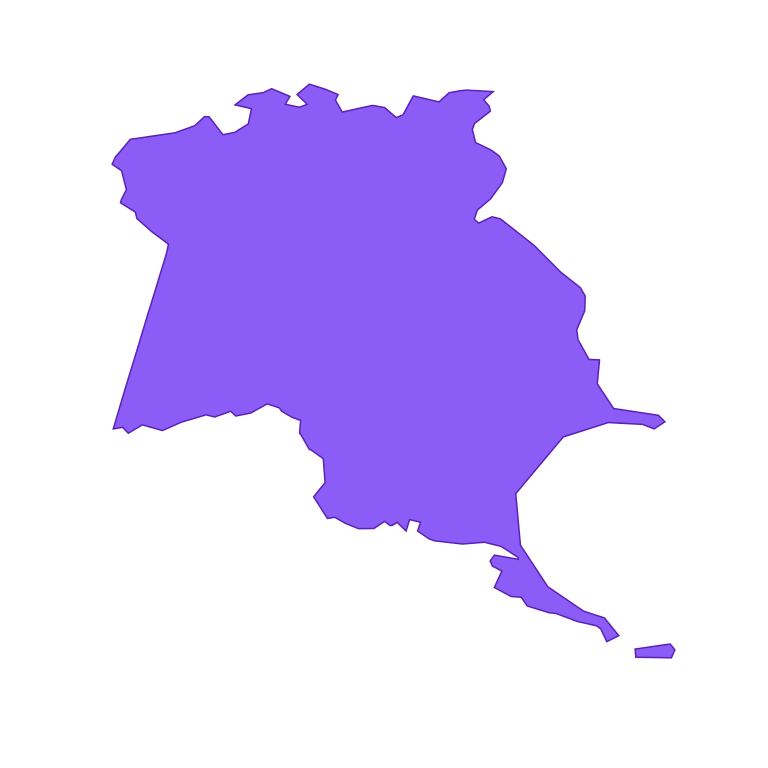 outline of Toa Baja, Puerto Rico, rotated 83°
{"feature_id": "32010507B67187557196313", "entity_name": "Toa Baja", "entity_type": "district", "adm_level": 2, "iso_a3": "PRI", "parent_name": "Puerto Rico", "parent_adm1": "", "projection": "equal_earth", "projection_center": [-66.203, 18.432], "detail": "fine", "context": "isolated", "style": "filled", "palette": "violet", "viewbox_px": 768, "rotation_deg": 83, "n_neighbors": 0, "source": "geoboundaries", "source_scale": "gbopen_adm2", "svg_char_len": 2207}
<svg xmlns="http://www.w3.org/2000/svg" viewBox="0 0 768 768"><g transform="rotate(83 384 384)"><path d="M395.6,658.2L395.1,648.8L401.7,643.8L395.1,628.8L403.2,609.5L397.2,589.8L392.9,564.3L396.1,556.1L392.4,539.5L397.7,535.0L396.6,519.8L389.5,502.4L395.0,490.7L398.4,489.1L406.0,479.1L410.0,471.2L422.5,473.8L424.4,472.6L440.0,466.0L440.2,464.8L450.7,453.4L474.7,454.5L487.4,467.6L510.6,456.5L510.5,453.3L510.3,449.1L517.5,439.4L524.5,426.9L526.2,411.6L520.4,400.2L525.3,395.1L525.4,393.3L523.0,387.7L532.6,380.0L521.7,375.1L525.7,364.6L534.0,368.6L543.0,358.4L545.8,353.0L552.4,325.6L553.3,303.7L559.5,287.5L572.2,272.3L574.4,272.1L567.3,295.3L572.6,300.2L578.0,298.6L584.0,289.8L599.4,299.3L610.4,283.8L612.4,273.7L621.8,268.9L631.2,247.8L631.5,246.5L632.5,241.7L643.3,221.0L650.0,202.3L653.5,198.7L666.9,194.3L662.4,181.6L643.1,193.7L633.7,213.7L605.2,246.1L599.8,248.8L579.2,259.0L560.6,268.2L557.0,268.1L553.4,268.0L540.8,267.6L519.3,266.9L508.9,266.6L501.6,258.8L499.9,257.0L470.2,225.2L458.4,212.5L449.6,166.1L450.1,163.2L455.6,132.3L455.7,132.1L461.5,121.3L455.7,109.8L448.5,115.5L447.0,120.8L437.0,156.6L436.4,159.0L409.8,172.3L386.7,167.2L386.3,167.2L384.6,177.5L363.7,186.0L353.7,186.1L335.7,175.8L321.2,173.6L312.3,177.4L294.5,195.0L264.9,218.0L234.3,248.3L231.2,256.4L235.8,270.3L231.6,274.3L222.8,270.2L213.2,255.6L198.6,242.0L185.3,236.4L171.8,241.8L165.0,249.0L155.5,263.7L142.1,265.3L136.4,262.3L126.2,245.2L121.1,245.7L114.0,250.4L107.1,240.0L102.4,266.0L102.2,272.8L102.8,283.8L110.7,295.1L101.6,319.8L119.2,332.4L121.0,339.4L109.7,349.7L106.1,361.3L107.2,374.0L109.0,392.3L96.3,397.6L91.1,394.3L84.2,406.5L77.3,421.6L86.1,435.0L97.0,426.1L99.0,434.2L94.3,447.9L87.1,442.3L77.2,459.5L80.1,468.5L80.4,483.7L88.8,497.8L94.6,482.0L109.3,487.0L116.1,501.6L116.9,513.5L97.5,525.0L96.7,529.5L104.5,540.2L109.2,560.8L110.2,606.0L123.1,619.7L125.5,622.6L132.8,627.1L140.3,618.5L159.7,616.0L169.0,622.2L172.0,623.5L183.1,609.8L189.7,609.1L205.0,595.5L218.9,580.9L227.7,583.9L281.7,607.9L281.8,608.1L320.2,625.0L358.1,641.9L395.6,658.2ZM677.2,131.5L676.9,131.7L677.7,167.1L678.9,167.1L685.9,167.4L690.8,132.1L683.3,127.7L677.2,131.5Z" fill="#8b5cf6" stroke="#5b21b6" stroke-width="1.5"/></g></svg>